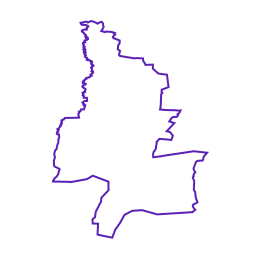 Sesavas pag., Jelgava, Latvia (Equal Earth projection), rotated 357°
{"feature_id": "27541924B5814503616889", "entity_name": "Sesavas pag.", "entity_type": "district", "adm_level": 2, "iso_a3": "LVA", "parent_name": "Latvia", "parent_adm1": "Jelgava", "projection": "equal_earth", "projection_center": [23.783, 56.412], "detail": "fine", "context": "isolated", "style": "outline", "palette": "violet", "viewbox_px": 256, "rotation_deg": 357, "n_neighbors": 0, "source": "geoboundaries", "source_scale": "gbopen_adm2", "svg_char_len": 5318}
<svg xmlns="http://www.w3.org/2000/svg" viewBox="0 0 256 256"><g transform="rotate(357 128 128)"><path d="M205.7,156.8L192.8,154.7L191.9,154.7L162.8,157.5L159.4,158.0L151.7,158.5L151.6,156.5L151.8,154.9L152.4,153.2L153.8,151.5L154.9,149.8L155.0,148.0L155.9,144.6L155.7,143.6L157.0,142.4L158.7,140.5L164.2,141.2L170.6,142.2L172.4,138.1L169.7,134.2L166.5,133.3L174.5,125.5L169.6,123.6L171.9,120.5L172.4,120.1L173.5,119.6L173.7,119.3L177.3,119.5L178.8,117.7L178.2,116.8L180.0,115.6L181.3,113.2L180.1,113.3L177.2,113.0L175.3,112.6L175.0,112.7L167.2,112.1L160.9,111.2L161.5,109.6L161.7,107.3L162.0,106.8L162.0,105.8L162.9,96.0L164.2,94.7L164.1,94.3L163.3,93.6L163.7,91.5L170.6,89.3L169.7,76.8L164.5,75.9L161.0,75.1L156.0,70.1L156.1,66.0L148.8,65.9L148.0,63.8L146.7,61.9L146.6,59.3L140.0,58.6L138.2,58.8L130.2,57.1L123.7,55.6L122.8,54.5L124.1,50.7L121.9,48.8L122.5,45.0L124.0,43.1L124.3,40.2L118.3,37.5L117.6,36.7L117.7,36.2L120.1,33.8L118.8,32.9L118.8,32.7L119.5,32.2L116.5,31.2L111.1,30.5L110.3,31.1L106.4,29.8L108.9,26.1L108.4,22.1L107.3,20.6L105.4,21.0L102.9,22.2L102.5,21.6L97.6,19.4L96.4,19.3L93.4,20.6L92.1,19.5L86.6,20.4L86.8,20.6L86.3,21.0L86.4,21.4L86.9,21.8L87.3,22.6L88.8,22.4L89.8,22.9L91.0,22.8L93.0,23.7L93.6,24.1L93.7,24.4L93.7,24.6L93.1,24.7L92.7,24.9L92.7,25.6L92.5,25.9L91.9,25.9L91.8,26.0L91.7,26.2L92.1,26.8L92.0,27.5L91.1,27.7L89.5,27.4L89.1,27.6L88.0,27.7L87.5,27.9L86.9,28.8L86.9,29.1L87.4,29.7L88.1,29.9L88.8,30.4L88.8,31.1L89.1,31.5L89.5,32.1L90.6,32.5L90.8,32.7L90.7,32.9L90.5,33.1L90.5,33.5L90.9,33.6L91.1,34.1L90.5,34.5L90.9,34.7L90.4,35.2L90.6,35.8L91.0,35.8L91.8,35.2L92.3,35.4L92.5,35.7L92.5,36.0L92.9,36.8L92.8,37.1L92.0,37.7L91.5,37.6L90.8,38.1L90.5,38.0L89.7,38.2L89.8,38.4L89.7,38.6L89.3,38.6L89.1,38.8L89.6,39.1L89.3,39.6L89.4,39.8L88.9,39.7L88.5,40.2L87.7,40.7L87.7,40.9L87.3,41.2L87.3,41.3L87.5,41.6L88.2,41.5L88.4,41.8L88.1,42.6L87.8,42.9L87.8,43.3L88.2,43.7L88.2,43.9L88.8,44.4L88.3,44.7L88.7,44.9L88.6,45.4L88.1,45.6L88.3,45.9L88.2,46.1L88.4,46.2L88.2,46.4L88.4,46.5L87.9,47.0L88.2,47.1L87.9,47.2L88.2,47.7L88.7,47.7L89.0,47.8L88.9,48.0L89.2,48.5L88.1,48.8L87.8,49.0L87.8,49.8L88.2,50.0L88.3,49.9L88.2,49.8L88.3,49.6L88.6,49.6L89.1,49.7L89.1,49.9L88.7,50.1L88.6,50.3L89.5,50.6L88.7,51.5L88.3,51.7L88.4,52.0L89.0,51.9L89.3,52.4L89.3,52.7L89.7,53.0L88.8,53.9L88.7,54.4L88.8,54.6L89.4,55.2L90.6,55.6L90.7,55.8L90.4,56.3L90.5,56.5L91.4,57.2L90.6,57.9L91.2,58.2L91.8,58.1L92.8,58.2L93.8,58.8L93.7,59.1L93.8,59.3L94.6,59.2L95.3,59.4L95.5,59.9L95.6,60.7L95.3,60.9L95.0,60.9L94.5,61.3L94.6,62.2L94.9,62.7L95.8,62.8L96.8,63.7L96.8,64.1L96.1,64.6L95.3,64.7L95.1,64.9L94.9,65.0L95.0,65.4L94.3,65.8L94.4,66.4L94.9,66.6L95.0,66.8L95.3,68.3L94.5,69.2L94.5,69.5L95.6,69.7L96.1,69.9L96.1,70.8L94.9,71.8L93.7,72.4L93.4,72.7L93.9,73.1L94.5,73.8L93.9,74.0L93.0,74.7L92.7,74.6L92.1,75.0L92.1,75.4L91.9,75.5L90.5,75.5L88.7,75.9L88.5,76.1L89.1,76.5L89.1,76.8L88.2,77.2L87.3,77.9L86.2,78.2L86.0,78.4L86.1,78.6L86.0,78.9L85.7,79.2L86.4,79.3L86.5,79.5L86.4,79.7L85.8,80.1L85.9,80.5L85.5,80.9L85.8,81.1L86.4,80.9L87.1,81.3L88.1,81.6L88.2,82.1L88.1,82.3L87.9,82.4L86.8,82.0L86.2,82.1L85.9,83.1L84.9,83.6L84.7,83.9L84.9,84.1L84.8,84.5L84.8,84.8L85.1,85.1L85.7,85.2L86.0,85.7L87.2,86.5L87.8,87.2L87.6,87.7L87.0,88.3L86.8,89.4L86.9,89.6L85.8,89.6L85.5,90.0L85.3,90.0L85.2,90.3L84.8,90.5L85.1,90.7L85.5,90.4L85.7,90.6L85.5,90.8L85.2,91.0L85.2,91.3L84.8,91.6L85.2,92.0L84.4,93.1L84.5,93.2L85.2,93.3L85.6,93.6L85.7,94.1L85.6,94.6L85.3,95.1L85.3,95.5L88.5,95.7L88.6,98.8L85.7,98.8L85.4,99.3L84.6,99.8L84.6,100.1L84.4,100.2L84.0,100.3L84.5,101.0L84.4,101.4L84.7,101.7L85.5,101.9L85.9,102.4L85.5,102.7L85.1,102.4L84.8,102.6L84.8,102.8L85.5,103.5L85.7,103.8L86.3,103.7L85.0,107.1L82.3,106.9L82.2,107.3L81.6,108.0L81.6,108.5L81.1,108.9L79.9,109.0L79.7,109.3L80.1,109.7L80.1,110.1L79.8,110.8L79.0,111.7L79.7,115.1L65.6,114.7L65.4,115.1L64.6,115.5L64.2,116.2L63.7,116.1L63.1,116.6L62.4,116.7L61.9,116.9L61.8,117.3L62.2,117.6L62.4,118.7L62.3,118.8L62.3,119.0L61.9,119.1L61.6,119.6L62.0,120.3L61.9,120.5L62.1,120.6L61.2,120.5L61.0,120.8L61.4,121.3L60.8,121.6L60.3,122.3L60.7,122.8L59.1,124.3L58.9,124.9L57.5,125.3L57.6,125.7L58.0,125.7L58.6,126.2L57.6,126.8L57.6,127.1L57.9,127.4L58.1,128.1L57.2,128.3L56.9,128.6L56.6,129.8L56.6,130.1L57.1,130.6L58.1,130.7L58.4,130.6L58.8,131.0L58.8,133.9L58.7,134.3L58.0,135.3L57.8,135.8L57.8,137.8L57.4,139.6L56.7,140.7L55.6,145.1L55.2,145.6L54.2,146.4L52.9,150.0L53.5,153.2L53.4,153.9L52.3,156.4L52.1,161.3L52.8,162.7L57.2,165.1L57.5,165.4L57.5,165.8L56.5,168.2L56.1,169.8L55.8,170.6L54.1,172.9L52.1,174.4L50.6,176.6L50.3,177.5L66.5,178.7L67.3,178.8L67.5,179.0L68.0,178.8L68.8,178.9L84.4,176.9L90.3,173.8L105.6,180.5L105.3,189.1L97.8,196.2L97.2,200.1L97.1,200.5L96.4,201.4L91.7,209.5L91.3,210.3L90.4,215.3L88.0,217.2L87.7,217.6L87.8,221.5L93.1,222.0L92.0,232.8L92.7,233.1L106.5,236.7L110.0,228.8L115.1,222.4L119.9,214.6L128.0,210.9L137.8,210.8L152.6,215.8L188.3,215.4L189.4,214.1L190.9,213.3L189.1,210.7L188.6,209.5L188.6,209.2L189.0,208.0L193.1,206.1L193.5,205.7L192.0,201.0L191.7,195.6L191.5,194.9L190.6,193.2L190.5,192.9L191.3,185.7L191.2,184.3L191.0,183.4L190.1,180.9L190.2,180.6L191.2,179.5L190.9,178.7L191.0,178.1L192.9,175.6L191.9,174.0L191.3,171.9L194.2,165.3L195.9,164.4L200.5,164.4L201.1,164.1L202.1,160.6L205.7,156.8Z" fill="none" stroke="#5b21b6" stroke-width="2"/></g></svg>